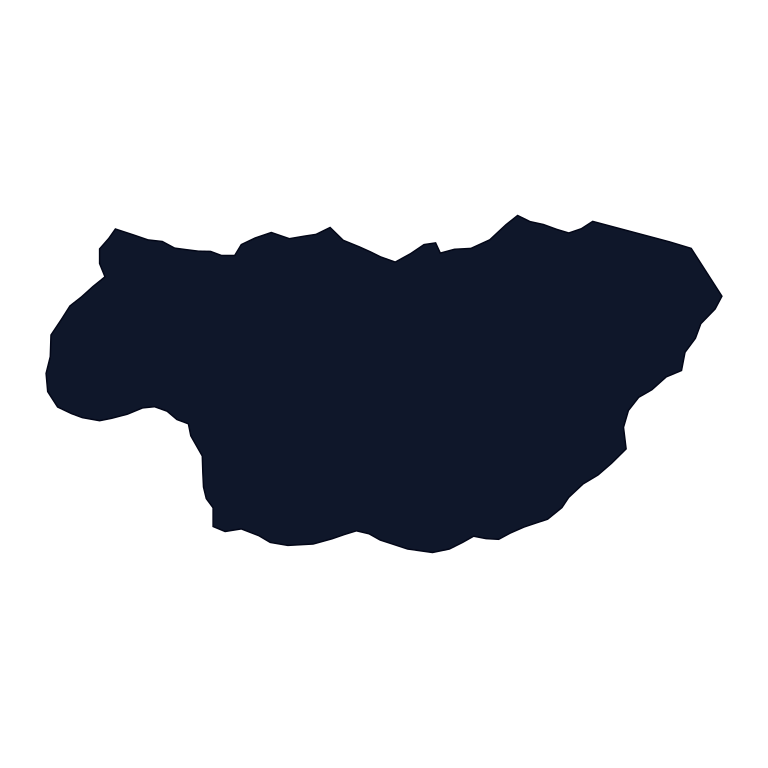 the district of Alagoa Nova, Paraíba, Brazil
{"feature_id": "56859067B38668562827759", "entity_name": "Alagoa Nova", "entity_type": "district", "adm_level": 2, "iso_a3": "BRA", "parent_name": "Brazil", "parent_adm1": "Paraíba", "projection": "albers", "projection_center": [-35.775, -7.065], "detail": "fine", "context": "isolated", "style": "filled", "palette": "ink", "viewbox_px": 768, "rotation_deg": 0, "n_neighbors": 0, "source": "geoboundaries", "source_scale": "gbopen_adm2", "svg_char_len": 1438}
<svg xmlns="http://www.w3.org/2000/svg" viewBox="0 0 768 768"><path d="M691.2,248.4L669.3,241.8L592.7,221.4L581.4,228.7L568.8,233.0L556.8,229.4L543.4,224.5L530.0,221.6L517.6,215.5L506.0,224.7L489.8,239.8L471.0,248.4L454.4,249.3L440.3,253.1L435.6,242.9L424.0,244.6L410.7,253.6L395.2,262.1L380.6,256.9L370.5,251.9L359.4,246.9L343.2,240.3L330.1,227.5L316.0,234.4L304.7,236.1L289.4,238.7L271.3,232.5L255.1,238.0L241.3,244.6L234.7,255.5L221.5,255.5L210.5,251.4L198.5,251.2L185.8,249.6L174.6,248.1L162.3,241.5L148.0,239.9L133.4,234.9L115.4,229.0L108.8,238.4L99.6,248.9L99.6,263.5L105.0,276.8L93.0,286.5L81.5,296.9L70.0,305.9L61.1,319.9L51.0,335.0L50.3,356.6L46.1,373.4L47.7,391.6L57.6,407.0L71.5,413.6L82.3,417.6L99.6,420.7L111.6,418.3L127.6,414.1L142.6,407.9L154.6,406.7L167.1,411.2L176.9,419.5L188.4,423.8L190.8,435.8L202.3,456.0L202.8,471.8L203.5,487.0L206.3,498.6L213.1,507.8L213.1,526.5L225.1,531.5L241.3,528.9L258.9,535.7L270.2,542.4L287.8,545.4L313.2,544.0L332.0,538.8L344.4,534.5L356.4,530.8L369.1,533.8L380.1,540.0L390.9,543.5L407.6,549.0L432.5,552.5L449.4,549.0L462.6,542.4L473.6,536.2L486.0,538.6L498.7,539.3L510.2,533.1L524.1,527.0L536.3,522.9L547.6,519.2L561.9,507.6L568.7,497.4L583.1,483.9L598.1,474.9L611.5,463.3L626.1,448.9L623.5,427.3L628.4,410.5L638.7,397.3L651.9,389.7L666.2,376.9L681.5,370.5L685.0,352.3L695.4,338.3L700.8,323.7L715.1,309.0L721.9,296.2L691.2,248.4Z" fill="#0f172a" stroke="#020617" stroke-width="1.5"/></svg>